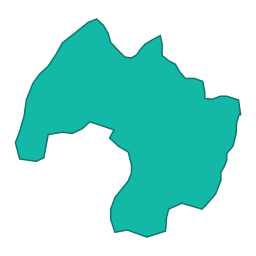 Yesan-gun, South Chungcheong, South Korea
{"feature_id": "91817680B1629367715088", "entity_name": "Yesan-gun", "entity_type": "district", "adm_level": 2, "iso_a3": "KOR", "parent_name": "South Korea", "parent_adm1": "South Chungcheong", "projection": "equal_earth", "projection_center": [126.793, 36.657], "detail": "fine", "context": "isolated", "style": "filled", "palette": "teal", "viewbox_px": 256, "rotation_deg": 0, "n_neighbors": 0, "source": "geoboundaries", "source_scale": "gbopen_adm2", "svg_char_len": 1047}
<svg xmlns="http://www.w3.org/2000/svg" viewBox="0 0 256 256"><path d="M240.6,114.7L238.5,99.9L226.6,96.2L220.3,96.2L212.6,99.2L204.8,98.4L204.8,91.8L202.7,81.4L194.3,78.4L185.2,78.4L179.6,71.7L175.4,64.3L168.4,60.6L162.1,55.4L162.1,44.2L160.3,35.6L151.3,40.4L145.0,44.2L140.5,49.4L136.5,55.1L131.1,58.0L124.8,57.0L118.6,50.9L110.5,42.3L108.3,33.8L103.3,25.2L96.6,19.0L88.1,22.4L75.7,32.4L62.5,42.8L60.2,46.9L56.0,54.4L48.3,66.0L39.5,74.2L32.9,83.4L26.4,99.7L24.1,116.0L19.8,131.1L16.9,138.7L15.4,142.7L19.7,159.0L36.2,161.3L43.8,157.8L48.2,134.5L62.5,132.2L72.3,133.4L82.2,128.7L89.9,121.8L114.0,129.9L109.6,138.0L118.4,146.2L128.2,152.0L131.5,164.8L131.5,172.9L128.2,181.1L121.6,189.2L115.1,197.4L110.7,209.0L110.7,219.5L115.0,232.3L127.1,230.0L128.9,230.6L146.8,237.0L165.5,231.1L166.6,217.1L168.8,209.0L181.9,203.2L202.0,209.1L205.2,206.0L215.5,194.1L218.2,187.4L220.9,180.3L220.9,172.2L224.5,166.0L226.7,160.3L226.7,153.6L233.0,146.0L236.1,133.6L236.6,123.1L239.3,114.1L240.6,114.7Z" fill="#14b8a6" stroke="#0f766e" stroke-width="1.5"/></svg>